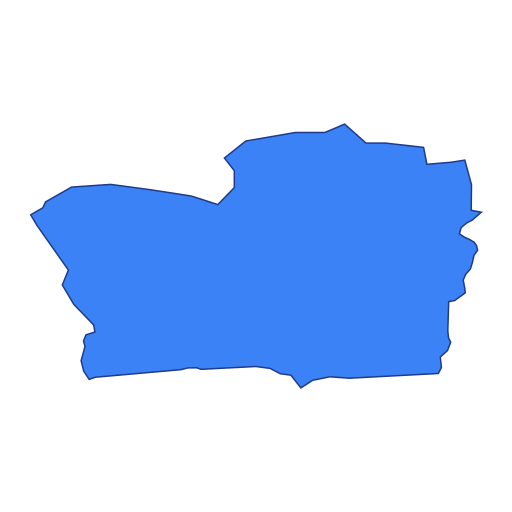 map outline of Smiltenes (Natural Earth projection)
{"feature_id": "LVA-5798", "entity_name": "Smiltenes", "entity_type": "Municipality", "adm_level": 1, "iso_a3": "LVA", "parent_name": "Latvia", "parent_adm1": "", "projection": "natural_earth1", "projection_center": [26.061, 57.417], "detail": "fine", "context": "isolated", "style": "filled", "palette": "blue", "viewbox_px": 512, "rotation_deg": 0, "n_neighbors": 0, "source": "natural_earth", "source_scale": "10m", "svg_char_len": 1027}
<svg xmlns="http://www.w3.org/2000/svg" viewBox="0 0 512 512"><path d="M471.5,184.7L471.2,210.3L481.3,212.2L472.4,220.0L466.8,222.9L461.2,227.5L459.4,233.8L464.3,237.1L469.6,239.5L474.0,242.1L476.6,245.7L477.6,250.3L474.0,255.2L472.4,262.5L470.4,269.0L465.7,274.3L463.2,280.1L464.8,288.4L465.3,292.8L454.6,300.6L448.7,301.6L447.8,330.8L448.5,337.8L450.7,342.2L447.5,350.5L440.3,357.0L441.4,367.5L438.3,373.5L349.4,378.2L329.8,376.8L312.6,380.3L300.9,387.9L290.9,375.2L280.2,373.7L270.1,368.4L255.8,366.5L201.1,369.3L196.7,367.8L188.0,367.9L180.5,369.7L105.9,376.3L95.4,377.2L89.2,379.4L83.7,371.1L81.1,360.7L85.0,346.4L83.5,340.9L86.0,334.8L94.9,332.0L93.7,325.0L73.9,304.5L62.3,285.0L68.4,270.1L36.9,225.3L30.7,214.8L42.8,207.8L45.7,201.8L71.5,187.1L110.6,184.4L150.3,189.7L191.5,196.1L217.8,204.6L234.3,187.6L234.3,170.7L224.4,158.0L245.8,141.0L295.2,132.5L324.8,132.5L344.6,124.1L366.0,143.1L385.7,143.1L423.6,147.4L426.9,164.3L451.6,162.2L464.8,160.1L471.5,184.7Z" fill="#3b82f6" stroke="#1e3a8a" stroke-width="1.5"/></svg>